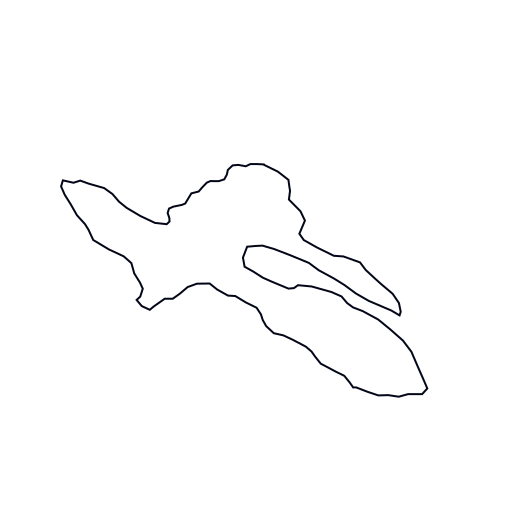 Norrköping, Östergötland, Sweden (Natural Earth projection), rotated 21°
{"feature_id": "70781695B31876776123918", "entity_name": "Norrköping", "entity_type": "district", "adm_level": 2, "iso_a3": "SWE", "parent_name": "Sweden", "parent_adm1": "Östergötland", "projection": "natural_earth1", "projection_center": [16.286, 58.655], "detail": "fine", "context": "isolated", "style": "outline", "palette": "ink", "viewbox_px": 512, "rotation_deg": 21, "n_neighbors": 0, "source": "geoboundaries", "source_scale": "gbopen_adm2", "svg_char_len": 1808}
<svg xmlns="http://www.w3.org/2000/svg" viewBox="0 0 512 512"><g transform="rotate(21 256 256)"><path d="M176.1,344.3L178.6,339.8L186.1,328.6L193.6,325.7L198.4,318.5L203.3,309.5L210.8,303.0L222.6,298.3L231.7,301.2L244.0,303.0L251.0,300.8L263.3,303.0L275.1,304.1L281.5,308.7L285.3,313.4L290.6,317.8L300.3,321.7L309.9,320.3L320.1,321.0L335.1,322.8L342.1,325.3L347.0,328.6L355.0,333.3L372.2,335.4L381.3,336.2L388.8,340.5L393.8,343.9L396.5,342.8L409.1,342.8L420.2,342.3L429.3,338.5L439.7,336.2L447.4,330.5L460.6,325.4L463.4,318.3L457.1,311.8L445.9,300.5L435.4,289.7L423.5,282.3L408.2,276.6L392.8,271.5L375.4,269.2L365.0,269.2L358.0,267.3L350.3,263.1L339.2,262.6L318.9,264.5L305.7,268.2L302.9,272.4L298.0,274.8L279.9,274.3L270.2,273.8L259.0,271.5L249.2,270.1L244.4,262.2L244.4,250.5L252.0,246.8L258.3,244.0L270.2,243.0L287.6,243.0L307.8,243.5L319.6,246.8L337.0,249.1L348.9,251.4L362.8,255.2L377.5,257.5L401.9,258.4L411.3,260.0L411.1,256.2L406.3,248.7L397.1,242.3L382.7,237.3L374.1,234.0L363.4,229.7L355.4,224.7L337.7,225.1L328.6,227.9L309.9,226.2L294.9,224.0L288.5,219.7L289.0,205.4L281.5,198.3L266.5,191.5L264.4,182.9L262.0,178.8L259.0,173.3L246.2,169.4L230.7,168.0L230.5,167.7L224.9,169.5L217.8,172.2L214.3,175.9L206.8,177.3L201.7,179.8L198.9,185.7L199.6,190.5L198.9,195.8L194.5,199.4L186.6,202.4L183.8,205.1L181.1,211.5L179.4,216.3L173.2,220.7L171.1,232.4L168.4,234.9L161.2,239.5L157.8,242.9L158.1,247.5L161.5,251.6L162.9,254.8L161.2,258.3L149.8,261.3L133.7,260.1L118.0,257.4L108.7,254.4L99.8,249.6L89.9,247.0L74.1,248.4L64.9,248.6L59.4,253.0L48.6,254.6L49.1,260.9L55.5,267.4L64.6,274.2L74.2,282.1L84.9,287.5L90.2,291.5L98.3,299.4L116.5,302.6L132.5,303.7L142.2,307.3L148.6,315.9L157.2,322.4L162.0,327.1L162.5,335.4L160.3,339.8L167.3,343.7L176.1,344.3Z" fill="none" stroke="#020617" stroke-width="2"/></g></svg>